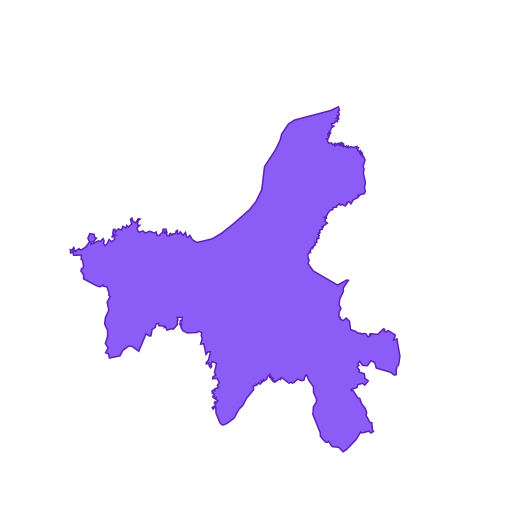 Phon Phisai, Nong Khai, Thailand (Equal Earth projection), rotated 22°
{"feature_id": "78962969B13361717862760", "entity_name": "Phon Phisai", "entity_type": "district", "adm_level": 2, "iso_a3": "THA", "parent_name": "Thailand", "parent_adm1": "Nong Khai", "projection": "equal_earth", "projection_center": [103.15, 17.983], "detail": "fine", "context": "isolated", "style": "filled", "palette": "violet", "viewbox_px": 512, "rotation_deg": 22, "n_neighbors": 0, "source": "geoboundaries", "source_scale": "gbopen_adm2", "svg_char_len": 6130}
<svg xmlns="http://www.w3.org/2000/svg" viewBox="0 0 512 512"><g transform="rotate(22 256 256)"><path d="M430.6,374.4L429.3,373.9L425.8,367.2L424.2,367.7L417.5,362.3L417.4,359.8L414.3,356.3L409.7,353.8L405.4,349.1L403.7,349.5L396.4,344.4L395.0,345.2L394.3,343.9L398.9,340.2L398.6,337.1L402.6,334.1L405.2,335.0L406.9,329.7L402.9,328.7L400.6,324.6L395.0,325.0L394.7,323.1L391.3,321.2L392.3,318.7L390.6,317.8L391.5,314.9L395.8,317.5L400.4,316.0L401.8,310.0L406.0,310.3L409.5,314.9L424.2,313.4L429.0,314.6L430.5,313.4L428.9,309.9L428.2,306.0L429.0,303.3L427.0,295.0L417.7,280.1L415.1,282.4L415.0,277.9L414.2,277.0L407.3,275.7L405.8,276.0L405.4,277.5L403.0,277.7L402.9,275.9L401.6,275.6L398.2,283.1L391.4,285.1L391.9,286.9L390.8,286.4L391.1,288.2L390.3,289.3L386.9,286.9L384.5,287.6L383.7,288.9L381.2,288.4L379.5,289.6L377.0,288.5L371.3,288.8L367.1,281.5L363.0,279.7L361.0,283.3L357.4,282.7L357.4,281.5L355.5,281.1L354.1,276.6L354.5,272.9L351.1,269.8L349.8,264.3L350.3,256.0L348.9,252.9L350.8,244.0L349.3,244.1L342.4,252.4L314.8,248.4L307.2,243.7L306.8,239.7L305.5,239.1L303.3,234.8L305.2,232.0L303.9,231.4L304.6,230.0L304.2,228.6L305.1,226.6L305.7,227.3L305.8,225.0L306.8,223.7L305.6,221.4L307.3,220.8L305.8,217.1L306.9,217.0L307.0,215.5L308.0,216.4L306.8,214.6L307.0,213.3L305.6,212.9L306.5,210.8L305.5,210.8L306.2,209.8L305.3,208.2L307.4,206.5L306.3,204.2L307.4,204.2L307.1,203.0L309.9,198.9L307.1,198.0L306.2,195.5L307.2,194.7L306.5,193.5L305.2,194.1L306.5,192.3L306.6,189.3L307.8,185.7L309.9,184.1L309.2,182.3L312.5,180.4L312.2,179.1L313.8,176.4L314.9,177.3L316.7,176.0L319.9,176.2L321.0,173.3L320.2,172.4L321.4,170.9L324.5,172.1L325.1,167.5L328.5,163.8L328.1,161.5L328.9,162.3L329.9,159.6L332.9,157.9L333.3,155.5L330.9,151.8L330.0,147.0L324.5,139.0L323.6,134.7L321.9,133.2L321.1,126.0L318.0,123.1L317.1,123.6L316.2,121.1L315.5,122.1L315.0,120.7L314.6,121.9L313.5,119.7L313.2,121.0L312.5,120.0L311.0,120.7L311.6,119.9L310.3,119.7L310.5,117.3L308.9,118.0L308.6,116.5L306.2,118.6L302.6,119.3L301.3,121.0L300.4,119.5L299.6,120.0L300.3,120.7L299.0,120.1L299.1,121.2L296.7,120.9L296.2,121.9L294.7,121.3L295.6,120.1L295.2,119.3L294.2,120.3L293.9,119.0L292.6,119.3L292.7,118.2L292.1,119.8L293.0,122.1L291.3,121.9L291.0,120.3L289.3,121.2L288.9,121.9L289.7,122.4L287.8,123.6L287.9,125.2L287.2,122.1L285.4,124.2L283.9,122.9L280.9,124.1L277.6,120.9L279.0,120.4L278.8,116.6L277.9,117.6L276.9,115.7L279.1,114.5L278.9,113.5L277.6,114.4L277.1,113.3L278.1,111.3L277.8,109.1L279.6,106.4L277.0,106.3L276.5,104.9L278.8,103.7L279.6,100.9L281.2,101.0L280.4,98.9L281.4,98.0L280.6,96.6L279.2,97.7L279.8,96.2L278.8,95.7L280.3,94.4L279.6,92.5L277.9,91.8L278.8,89.6L276.5,86.8L270.9,93.0L240.8,115.5L236.7,121.3L234.1,133.4L235.0,139.3L234.3,150.3L230.4,169.8L236.5,192.4L235.6,205.4L232.7,215.4L223.0,234.7L215.6,247.7L208.9,256.6L196.1,265.6L191.1,264.8L186.9,261.6L185.9,264.2L184.6,264.4L181.8,260.4L180.7,264.1L176.7,261.9L176.4,264.3L175.0,264.7L173.6,261.6L172.6,262.6L173.0,265.4L170.7,266.5L170.1,268.1L168.2,267.0L167.6,268.0L168.3,269.7L165.7,270.2L164.6,268.5L162.3,268.9L162.5,267.8L164.4,267.3L162.5,264.8L159.8,266.0L160.5,269.2L158.4,273.2L156.5,274.0L154.5,271.1L153.2,272.7L148.1,272.9L144.8,276.1L141.8,275.1L139.2,277.4L137.7,277.5L135.1,274.6L136.7,271.1L134.9,271.8L134.1,270.6L133.6,267.6L134.7,265.2L132.9,265.5L132.0,270.4L128.5,269.6L126.8,267.3L125.9,269.0L128.7,272.8L127.0,276.7L124.7,276.0L124.8,278.9L121.4,278.4L121.6,282.3L118.3,282.4L116.6,286.3L115.1,284.0L113.9,284.8L114.7,288.7L118.1,289.2L115.4,290.4L115.3,292.2L117.5,291.6L118.7,293.2L116.9,296.9L113.6,295.7L113.3,300.8L112.1,302.8L110.0,301.6L109.5,298.8L107.6,297.2L106.5,300.5L104.2,301.0L98.8,307.1L97.8,304.8L100.0,303.7L101.4,299.2L99.4,299.1L97.8,296.6L93.6,297.4L93.5,302.6L96.3,305.1L94.9,311.2L92.2,315.2L90.3,316.2L89.2,315.4L87.3,318.1L87.5,319.9L86.6,318.6L85.0,320.2L84.7,317.0L83.7,316.4L83.5,319.2L81.4,319.6L83.0,322.7L84.6,321.0L86.6,323.7L93.7,320.5L95.2,324.7L96.6,324.8L99.8,329.9L100.0,332.2L98.9,333.4L99.4,335.6L103.1,338.0L104.7,341.8L119.0,343.3L123.0,343.0L124.9,340.3L125.7,341.2L129.4,340.5L133.8,345.6L134.1,347.6L135.9,348.4L135.3,354.7L139.8,361.3L139.4,369.4L141.1,375.7L146.3,380.6L148.5,386.3L149.1,393.6L153.3,396.6L152.8,402.1L155.9,402.0L158.3,405.5L167.3,399.6L167.9,393.4L171.9,387.0L175.3,386.2L183.0,388.3L183.2,369.3L186.9,370.2L188.5,369.4L187.2,362.9L189.3,360.0L188.8,356.6L190.7,355.0L192.0,357.0L197.4,355.4L197.7,356.6L198.5,355.5L201.2,358.1L205.1,355.0L206.8,354.9L208.9,348.6L207.2,346.1L207.7,344.5L205.9,342.5L210.6,340.5L211.5,343.8L210.1,344.1L211.0,347.8L212.0,348.6L212.4,347.4L213.2,350.4L216.3,352.7L221.1,353.1L229.9,349.1L230.9,347.3L234.5,347.3L234.9,350.1L237.2,353.1L237.6,358.5L240.5,357.0L246.6,366.0L247.4,362.9L249.7,361.9L250.9,370.4L249.8,373.5L250.4,374.7L252.5,373.0L253.7,375.4L255.8,376.7L256.3,374.7L254.8,373.6L255.0,370.3L259.6,370.3L261.2,379.8L263.3,381.5L261.3,384.2L261.8,386.1L265.5,384.1L269.4,386.9L268.7,390.4L270.4,392.2L267.7,394.3L268.4,396.1L267.1,395.7L265.8,397.7L266.8,398.1L266.7,399.5L269.3,399.8L269.6,401.9L268.6,401.9L268.8,402.9L271.0,403.7L272.1,402.2L272.5,404.0L274.7,404.6L274.4,406.6L272.5,406.4L272.5,408.1L273.8,408.3L274.2,410.1L272.2,413.0L273.6,414.1L274.4,411.8L275.5,411.5L277.7,416.6L285.1,424.2L287.3,425.2L288.9,425.0L291.9,422.0L296.5,414.4L297.5,404.7L299.8,399.4L300.5,391.7L303.9,380.9L302.2,377.5L304.5,376.1L304.1,375.0L305.4,374.9L306.0,372.5L307.9,373.3L308.5,371.2L307.9,370.0L308.9,370.5L309.2,368.0L310.2,369.0L312.2,365.8L311.7,364.0L313.3,360.5L314.2,363.3L315.1,362.2L316.0,364.3L316.9,362.8L317.7,363.3L317.5,365.2L319.6,366.0L320.1,364.8L320.9,365.7L323.6,361.5L325.2,361.4L324.7,360.0L325.5,359.1L334.2,361.6L335.7,359.8L337.2,360.3L338.7,359.1L340.6,354.6L344.8,354.6L347.0,353.1L346.5,349.0L347.4,347.3L351.7,351.6L358.1,355.6L360.5,361.0L365.9,366.3L366.7,368.9L365.7,374.3L368.1,381.6L381.8,395.9L383.2,399.0L389.7,402.4L391.7,402.3L392.6,400.6L397.9,404.2L404.4,402.4L410.1,404.9L412.5,401.4L417.5,388.9L419.0,379.9L420.5,380.4L426.2,376.2L429.1,377.0L430.6,374.4Z" fill="#8b5cf6" stroke="#5b21b6" stroke-width="1.5"/></g></svg>